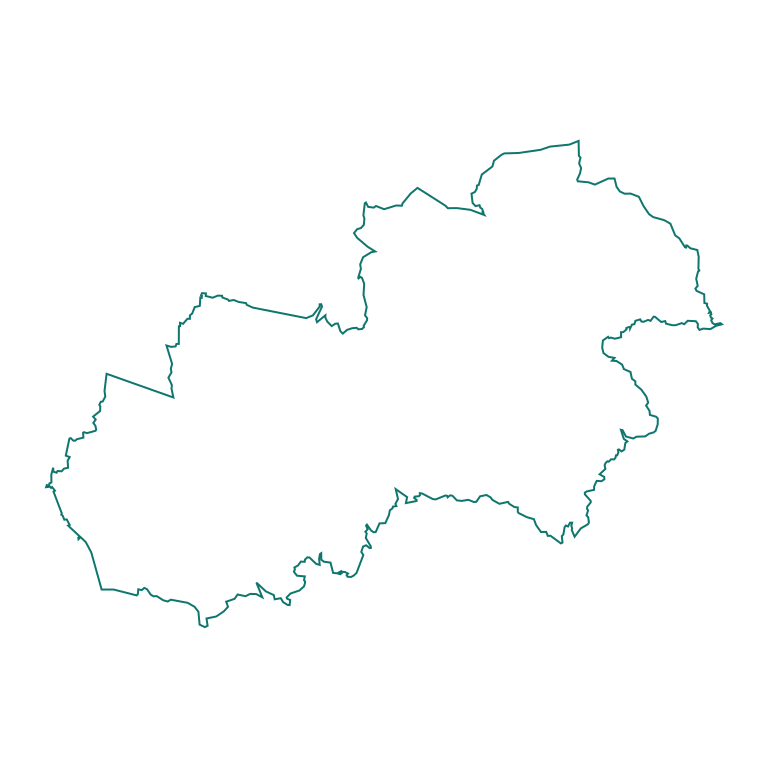 the district of Gómez Farías, Jalisco, Mexico
{"feature_id": "50627088B14900923212728", "entity_name": "Gómez Farías", "entity_type": "district", "adm_level": 2, "iso_a3": "MEX", "parent_name": "Mexico", "parent_adm1": "Jalisco", "projection": "albers", "projection_center": [-103.412, 19.86], "detail": "fine", "context": "isolated", "style": "outline", "palette": "teal", "viewbox_px": 768, "rotation_deg": 0, "n_neighbors": 0, "source": "geoboundaries", "source_scale": "gbopen_adm2", "svg_char_len": 6077}
<svg xmlns="http://www.w3.org/2000/svg" viewBox="0 0 768 768"><path d="M201.9,293.2L201.0,295.6L201.9,295.9L201.7,297.9L200.3,297.7L199.8,305.9L194.7,307.1L192.2,313.5L189.9,315.4L189.9,318.8L187.4,318.8L183.1,323.8L180.0,322.8L180.1,326.2L178.9,326.3L178.8,343.9L176.4,344.0L175.6,346.4L171.2,346.9L166.5,345.5L172.1,363.9L170.8,368.8L171.5,372.3L168.4,377.7L171.9,385.1L171.5,388.7L173.4,397.5L106.6,373.8L104.5,391.0L105.3,396.6L102.7,401.5L100.8,401.8L99.3,404.8L100.3,406.5L100.1,411.0L93.1,416.6L95.7,419.6L93.3,422.9L95.4,425.8L96.2,429.7L95.5,430.8L87.1,433.1L83.9,432.2L83.1,432.8L83.4,437.6L76.9,439.2L75.2,440.7L73.4,440.7L70.7,438.1L69.4,438.6L65.8,455.6L69.7,457.1L67.6,460.7L68.1,467.7L63.9,468.7L61.6,471.3L57.5,471.0L56.6,472.7L53.4,471.7L53.2,467.7L51.3,474.6L51.4,482.5L49.4,483.4L49.1,485.7L46.8,485.1L46.1,487.2L50.0,486.7L51.1,487.9L52.0,487.0L55.0,490.7L53.5,491.6L61.8,513.4L61.3,514.7L62.7,515.7L64.3,519.7L66.7,519.4L69.7,524.9L68.1,525.6L79.9,536.6L78.3,537.6L78.5,539.2L80.5,537.1L85.8,542.1L91.3,552.5L101.6,589.5L113.5,589.5L136.7,595.4L137.9,594.0L138.3,589.3L141.7,590.1L144.3,587.9L147.0,589.2L150.7,594.6L153.5,596.3L156.7,596.1L163.3,600.3L167.7,601.5L170.8,599.7L187.6,602.8L194.6,606.8L198.4,611.7L199.6,624.6L204.8,627.1L207.6,625.8L206.5,618.5L216.2,616.5L223.9,611.3L228.0,606.8L226.2,601.7L234.6,598.8L237.6,594.5L245.5,596.2L250.2,593.9L256.3,594.1L262.3,597.3L256.4,582.6L265.9,591.4L273.8,595.1L274.7,599.3L280.8,598.2L283.1,602.1L287.5,604.9L289.6,605.1L290.2,600.0L287.1,598.7L286.6,597.5L290.5,593.5L299.4,590.5L304.0,586.4L304.9,583.4L305.1,581.4L304.0,580.2L304.8,576.4L297.0,575.7L293.9,571.7L294.9,569.5L294.4,567.5L298.1,565.4L300.8,561.6L304.7,561.8L305.0,559.6L307.2,557.4L309.5,557.5L316.1,563.8L319.7,564.9L319.1,558.8L320.0,554.0L321.2,553.2L321.3,559.7L323.9,561.7L330.5,562.6L333.1,572.9L337.2,573.3L342.0,570.7L339.2,573.9L340.4,574.2L343.2,571.8L344.9,572.0L348.0,573.6L346.6,575.2L347.6,576.8L351.3,576.9L353.8,575.5L356.5,573.0L363.3,555.1L361.3,551.9L363.1,546.5L366.1,545.3L369.7,548.1L370.9,547.9L370.7,546.2L365.8,538.0L366.7,533.5L365.4,531.7L367.6,529.4L366.1,525.6L366.9,524.6L371.1,530.5L373.5,532.2L375.7,532.1L379.5,523.4L385.3,523.1L389.0,515.0L389.8,510.4L392.5,508.3L392.9,506.6L396.4,506.1L395.4,503.9L398.0,499.0L395.7,489.1L407.1,497.1L405.9,503.1L416.6,501.0L416.6,499.9L414.1,497.8L414.8,496.6L418.9,496.2L419.9,495.3L419.8,493.2L422.1,493.5L432.9,499.1L435.7,499.4L445.4,495.5L447.1,495.8L447.6,497.3L450.2,495.3L452.5,495.8L456.9,500.4L462.0,500.9L468.3,499.8L473.9,502.0L476.3,501.8L480.1,496.3L486.5,495.0L490.6,497.4L492.4,499.9L499.4,503.8L508.1,501.9L509.1,503.7L514.3,507.0L517.8,507.5L517.8,511.9L518.7,513.1L526.7,517.1L533.9,519.2L536.1,525.1L541.0,532.0L546.2,531.9L547.8,535.9L550.4,535.7L560.9,543.4L562.5,542.6L561.8,536.1L563.4,534.5L564.6,527.1L565.9,525.5L568.0,526.5L570.0,522.7L572.1,522.7L571.3,526.0L572.2,528.3L571.7,529.9L574.6,536.7L580.8,528.4L588.0,524.2L588.9,522.6L588.2,517.2L586.5,515.5L588.1,510.4L587.0,508.8L587.3,506.6L590.8,502.3L590.6,500.7L584.9,494.4L584.8,492.7L586.8,491.4L594.0,489.9L594.2,486.2L596.7,480.9L601.5,481.2L604.4,479.2L604.2,476.9L599.6,474.3L605.4,468.9L604.6,465.2L605.5,463.2L607.3,461.3L608.7,461.7L611.1,459.3L614.0,459.4L615.4,458.0L616.0,455.3L617.2,455.3L618.4,452.3L617.9,449.8L618.9,449.4L621.7,451.4L624.3,449.6L625.3,443.1L627.4,441.4L623.8,438.9L620.9,429.8L622.6,430.2L625.9,436.5L633.3,438.5L636.5,436.7L645.2,436.4L649.1,433.7L653.6,432.4L655.6,430.9L657.7,424.4L657.8,418.5L656.1,416.7L649.9,414.9L649.5,410.8L646.1,405.6L648.2,402.6L646.3,396.6L641.3,389.6L635.4,384.6L635.3,381.3L631.9,378.7L630.5,372.0L623.9,369.1L622.1,364.6L616.5,361.0L612.0,360.7L614.5,357.9L608.5,356.8L603.5,353.1L602.2,347.8L602.9,340.5L608.1,336.8L609.1,338.2L610.8,337.6L614.8,338.7L621.1,337.2L621.0,332.2L623.3,332.1L626.5,329.4L626.2,328.2L628.2,327.2L630.0,327.0L630.1,328.5L631.9,324.7L634.4,324.1L635.4,320.8L640.2,319.4L641.4,321.5L643.6,321.8L648.1,319.9L650.5,320.9L653.6,316.7L655.0,316.8L661.2,322.0L665.2,321.1L666.1,323.7L672.2,325.2L675.6,325.2L681.8,323.1L684.2,324.2L687.7,320.8L695.8,321.2L697.9,323.9L697.7,327.3L699.5,329.9L703.2,328.6L710.4,329.1L716.1,325.8L721.9,324.3L720.4,323.1L714.6,324.4L712.5,323.1L711.2,320.3L712.5,318.5L710.9,317.5L710.2,315.3L711.3,314.4L711.0,312.4L709.0,312.8L709.9,311.0L707.0,305.8L707.1,303.7L704.4,303.0L704.2,294.3L696.6,290.9L695.4,288.6L697.7,285.8L696.2,278.7L698.1,271.4L699.3,270.6L698.4,268.7L698.7,256.7L697.3,250.0L690.4,248.3L687.2,245.5L686.3,245.4L686.1,247.5L685.0,247.3L679.3,238.3L675.2,235.4L670.4,223.7L664.1,220.1L653.2,217.1L649.0,214.1L643.5,206.0L638.9,196.8L630.6,193.6L624.5,193.7L619.8,191.4L616.6,186.9L614.5,178.5L608.4,178.5L594.9,184.6L588.5,182.3L577.8,181.3L577.2,179.5L580.0,173.4L581.1,168.1L579.1,163.3L580.5,157.7L578.9,155.8L578.6,140.9L569.4,144.6L550.0,146.6L540.6,149.8L518.4,153.0L504.3,153.4L501.2,155.0L494.0,160.7L492.4,166.5L481.8,174.5L478.7,185.0L477.0,185.5L476.7,189.0L474.8,192.1L471.5,193.6L472.6,203.0L475.5,206.1L479.5,205.2L480.3,207.6L482.1,208.9L483.3,212.1L482.6,212.3L484.3,215.0L470.4,209.8L457.0,208.1L447.8,208.2L445.3,205.6L417.5,187.9L410.8,193.4L402.5,203.4L401.9,205.7L396.1,205.5L384.1,209.2L376.0,206.0L373.8,207.6L368.2,206.9L365.9,202.5L364.8,203.3L363.4,215.3L364.4,218.6L363.8,224.8L361.0,228.0L357.1,229.2L354.0,233.1L357.2,237.9L367.6,246.7L375.2,251.5L371.3,252.2L363.1,257.2L360.2,264.3L360.9,268.9L358.2,277.7L358.5,278.4L360.5,276.9L362.1,278.1L364.2,283.8L363.5,294.9L366.7,307.2L365.0,315.3L367.2,318.2L367.0,320.3L363.6,325.9L363.9,327.2L362.0,329.0L358.3,329.3L356.7,327.8L352.2,328.2L347.0,329.9L342.8,333.6L340.4,331.2L337.9,323.5L335.3,323.7L331.7,326.1L327.2,321.5L325.3,317.5L325.4,315.3L317.0,322.2L316.1,319.2L322.0,306.6L321.2,304.2L319.7,304.3L319.6,306.6L312.9,315.4L306.2,318.1L252.8,307.6L246.7,304.8L246.1,303.1L238.8,302.0L233.7,300.0L229.0,300.9L228.1,299.6L222.4,297.5L222.1,295.8L217.9,295.6L212.7,297.7L205.7,296.0L205.9,293.4L201.9,293.2Z" fill="none" stroke="#0f766e" stroke-width="2"/></svg>